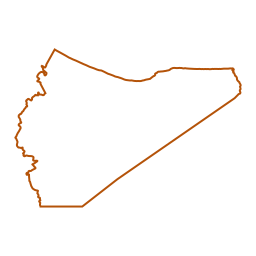 Limon, Colón, Honduras
{"feature_id": "27666195B22880782572265", "entity_name": "Limon", "entity_type": "district", "adm_level": 2, "iso_a3": "HND", "parent_name": "Honduras", "parent_adm1": "Colón", "projection": "natural_earth1", "projection_center": [-85.558, 15.789], "detail": "fine", "context": "isolated", "style": "outline", "palette": "amber", "viewbox_px": 256, "rotation_deg": 0, "n_neighbors": 0, "source": "geoboundaries", "source_scale": "gbopen_adm2", "svg_char_len": 5308}
<svg xmlns="http://www.w3.org/2000/svg" viewBox="0 0 256 256"><path d="M232.6,68.4L232.1,68.5L230.8,68.4L229.3,68.5L228.1,68.7L223.6,68.7L220.6,69.0L219.3,68.9L218.9,69.0L214.9,68.9L213.5,69.0L212.5,68.9L211.2,69.1L209.8,69.2L207.9,69.0L207.0,69.1L205.1,69.0L204.0,69.1L203.5,69.1L202.8,69.0L201.6,69.1L199.2,68.9L198.4,69.0L196.6,69.0L193.7,68.9L188.5,68.6L186.2,68.4L185.2,68.2L184.8,68.2L184.1,68.4L183.2,68.4L181.4,68.0L180.3,68.0L179.5,67.9L178.8,68.0L176.7,68.1L174.3,67.9L173.2,68.0L172.7,68.1L170.8,68.9L169.6,69.9L168.6,70.3L166.6,70.7L165.9,70.9L165.0,71.0L162.6,71.4L160.7,71.5L159.6,71.7L158.5,71.7L157.7,72.0L157.4,72.2L157.2,72.5L157.0,72.8L156.3,73.1L155.7,73.3L155.2,73.7L155.1,74.1L155.2,74.9L154.7,75.6L154.3,75.9L153.5,76.1L152.8,76.7L151.8,77.4L150.5,78.5L150.2,78.8L149.7,78.9L149.0,79.1L146.1,79.6L144.8,80.0L144.0,80.3L142.7,80.5L141.0,81.0L139.8,81.1L137.9,81.0L136.9,81.1L134.1,80.9L132.7,80.6L131.9,80.5L131.3,80.4L130.1,80.5L127.7,80.2L126.1,80.0L124.3,79.5L122.0,78.5L120.1,77.8L119.4,77.7L118.8,77.4L117.4,77.0L116.3,76.8L114.9,76.4L113.5,75.7L110.3,74.5L107.9,73.7L104.0,71.7L101.4,70.5L100.6,70.4L99.0,70.2L96.8,69.5L94.2,68.4L89.6,66.8L86.2,65.2L83.5,64.1L75.9,60.6L72.9,59.4L70.2,58.1L69.0,57.6L65.8,55.7L59.7,52.3L56.7,50.7L54.7,49.5L46.3,64.6L46.3,65.1L46.2,65.7L45.9,66.1L45.7,66.7L45.3,67.2L45.0,67.5L44.7,67.5L44.1,67.2L43.2,66.5L42.4,66.1L41.9,65.9L41.8,66.0L41.7,66.1L41.7,66.3L41.8,66.6L41.9,66.8L42.4,67.2L42.7,67.9L42.9,68.3L43.1,69.7L43.3,70.2L43.6,70.5L44.2,70.9L45.7,72.3L46.2,72.6L46.4,72.8L46.5,73.2L46.4,73.8L46.3,74.2L46.1,74.6L45.8,75.0L45.4,75.3L45.1,75.4L44.8,75.3L44.5,75.0L44.2,73.9L44.0,73.3L43.7,72.9L43.5,72.6L43.0,72.3L42.5,72.1L41.8,72.0L41.2,72.0L40.4,72.3L38.7,73.7L37.5,75.6L37.3,76.2L37.2,76.6L37.3,76.9L37.4,77.2L37.6,77.5L39.0,78.5L39.2,78.8L39.1,79.1L38.7,79.7L38.4,80.0L37.9,80.4L37.5,80.7L37.4,81.0L37.4,81.3L37.6,81.4L37.8,81.5L39.0,81.8L39.8,82.1L40.3,82.4L40.5,82.6L40.6,82.8L40.6,83.0L40.4,83.7L45.4,93.2L45.1,93.4L44.8,93.6L43.8,95.0L43.4,95.1L43.0,95.2L41.6,94.7L41.0,94.5L39.1,94.5L39.0,94.4L38.9,94.1L38.9,93.2L38.5,92.5L38.3,92.5L38.2,92.6L38.1,92.8L38.0,94.5L37.9,95.3L37.6,95.3L37.0,95.1L36.3,95.3L35.9,95.2L35.6,94.9L35.2,95.0L34.6,95.8L32.9,97.0L32.2,97.7L32.1,97.8L32.0,99.6L31.9,99.7L31.6,99.9L31.3,100.4L31.1,100.4L30.8,100.3L29.2,99.2L28.3,98.9L28.0,99.0L27.8,99.1L27.4,99.7L27.2,99.7L27.0,99.8L26.8,100.0L26.4,100.4L26.1,101.1L26.2,101.3L26.3,101.5L26.5,102.0L26.8,103.1L26.7,103.4L26.5,103.9L26.4,104.3L27.1,105.6L27.1,105.9L27.1,106.4L26.3,106.7L26.0,106.9L25.8,107.3L25.5,107.8L25.3,108.2L24.7,108.7L24.1,109.5L23.2,111.2L23.1,111.3L22.6,111.5L22.3,111.7L21.5,113.3L21.1,113.8L20.8,114.0L20.5,113.8L20.3,113.9L20.0,114.3L19.0,115.1L18.8,115.4L18.7,116.2L18.7,116.9L19.9,118.8L20.3,119.7L20.3,120.1L20.3,120.5L20.5,121.2L20.7,121.6L21.2,122.3L21.2,122.5L21.1,122.8L20.1,123.2L19.8,123.5L19.1,124.0L18.8,124.4L18.7,124.9L18.8,125.4L19.9,126.3L20.2,126.6L20.4,126.9L20.6,127.6L20.6,128.0L20.5,128.4L20.4,128.7L20.0,129.2L19.6,130.1L18.8,131.5L17.8,133.0L16.9,134.8L16.3,136.4L15.6,137.2L15.4,137.6L15.5,137.9L16.1,138.5L16.4,139.1L17.5,141.7L17.5,142.1L16.9,144.7L16.9,145.1L17.0,145.6L17.1,146.0L17.4,146.4L18.0,147.1L18.4,147.5L19.6,147.6L21.1,148.0L22.2,147.6L22.5,147.6L22.7,148.0L22.6,149.0L22.6,149.3L22.7,149.5L22.9,149.8L23.2,150.1L23.8,150.5L24.1,150.8L24.3,151.0L24.5,151.3L24.4,151.8L24.1,152.4L23.9,152.6L23.3,153.1L23.1,153.4L23.1,153.5L23.8,154.1L23.8,154.3L23.6,154.6L23.5,155.3L23.6,155.6L23.8,155.9L24.3,156.2L24.6,156.2L25.2,156.0L26.0,155.6L26.6,155.5L28.6,156.0L31.2,156.1L32.2,156.3L32.6,156.5L33.1,156.8L33.4,157.1L33.5,157.4L33.5,158.0L33.1,160.0L33.3,160.4L33.6,160.6L34.8,160.8L36.1,160.8L36.7,160.7L37.1,160.8L37.3,161.0L37.1,161.4L36.6,161.7L35.1,162.8L33.8,163.6L32.6,164.2L32.4,164.4L32.5,164.6L33.3,165.3L34.4,166.8L35.3,167.5L35.4,167.8L35.4,168.1L35.4,168.3L35.2,168.5L33.2,169.5L31.9,170.2L31.3,170.7L31.0,170.9L30.2,171.0L29.3,170.9L28.8,171.1L28.6,171.3L28.5,171.6L28.3,172.5L28.0,172.7L27.2,172.8L26.9,172.9L26.6,173.2L26.5,173.6L26.4,173.8L26.7,174.6L26.9,174.8L27.2,174.8L28.4,174.5L28.8,174.5L29.0,174.6L29.1,177.3L29.4,180.2L29.3,180.8L29.5,181.1L29.8,181.5L30.0,181.7L30.6,183.9L31.3,186.1L31.7,186.8L32.6,188.4L33.1,188.8L34.6,189.8L36.0,190.3L37.6,190.6L37.9,190.8L37.9,191.0L37.5,192.6L37.4,193.4L37.5,193.5L38.2,194.4L38.5,195.2L38.5,195.6L38.4,196.0L38.1,196.7L38.2,197.0L38.3,197.2L38.6,197.3L39.7,197.7L39.9,197.9L40.0,198.2L40.0,198.4L39.8,198.8L39.9,199.2L40.3,200.2L40.3,200.4L39.4,201.0L39.2,201.2L39.2,201.4L39.3,201.7L40.0,202.5L40.2,202.8L40.2,203.1L40.0,204.2L40.0,204.7L40.1,205.5L40.6,206.3L40.6,206.5L82.3,206.5L117.4,179.2L234.6,98.2L238.0,94.8L238.5,94.2L239.6,93.7L240.1,93.5L240.3,93.1L240.4,92.4L240.2,91.9L239.9,91.1L239.8,90.5L239.9,90.1L240.5,89.2L240.5,88.7L240.5,88.3L240.0,86.7L240.2,86.3L240.5,85.9L240.6,85.6L240.6,85.3L240.6,84.9L240.2,84.0L239.5,82.9L239.3,82.1L238.5,81.5L238.2,81.1L237.8,80.8L237.5,80.4L237.1,79.7L237.0,79.4L236.9,77.9L236.4,76.8L235.9,76.2L235.6,76.0L235.3,75.9L235.1,75.6L234.2,73.2L233.8,72.9L233.4,72.7L233.2,72.2L233.1,71.8L233.5,71.3L233.6,71.1L233.3,70.7L232.4,70.2L232.4,69.9L232.5,69.8L233.0,69.7L233.5,69.6L233.7,69.3L233.5,69.1L233.3,68.9L232.7,68.7L232.6,68.4Z" fill="none" stroke="#b45309" stroke-width="2"/></svg>